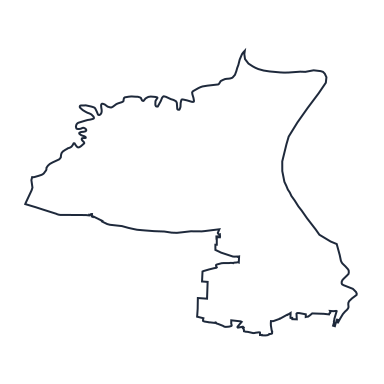 outline of Galati, Galati, Romania, rotated 271°
{"feature_id": "2599482B19472284697606", "entity_name": "Galati", "entity_type": "district", "adm_level": 2, "iso_a3": "ROU", "parent_name": "Romania", "parent_adm1": "Galati", "projection": "orthographic", "projection_center": [28.069, 45.5], "detail": "fine", "context": "isolated", "style": "outline", "palette": "slate", "viewbox_px": 384, "rotation_deg": 271, "n_neighbors": 0, "source": "geoboundaries", "source_scale": "gbopen_adm2", "svg_char_len": 5853}
<svg xmlns="http://www.w3.org/2000/svg" viewBox="0 0 384 384"><g transform="rotate(271 192 192)"><path d="M142.5,337.6L144.9,331.5L151.5,320.1L156.6,316.4L167.7,307.5L175.3,302.0L179.5,298.6L185.3,294.8L189.7,291.5L193.2,289.8L196.1,287.8L200.0,286.1L203.8,284.2L214.5,281.9L224.2,281.7L241.4,285.6L249.1,287.7L263.4,296.2L278.1,306.2L292.9,316.9L303.6,323.9L309.1,324.4L312.6,322.7L314.4,320.9L315.1,318.5L315.8,311.5L314.1,303.2L314.2,298.2L313.1,285.9L313.0,281.5L313.1,278.3L313.9,267.4L314.7,261.5L316.1,256.1L317.3,253.2L318.7,250.5L321.4,246.2L325.8,242.7L330.8,241.9L334.1,242.3L332.3,240.7L330.7,239.6L325.3,237.4L319.7,236.1L317.0,235.1L313.6,234.2L309.9,232.9L307.3,230.7L306.9,230.2L306.3,228.6L306.0,227.1L305.8,224.9L305.5,223.1L304.6,221.0L303.6,219.1L303.3,218.7L300.6,217.1L300.0,216.3L298.6,205.6L297.7,200.6L297.0,198.7L296.0,196.6L293.1,191.7L292.5,190.9L291.5,190.4L289.6,190.7L286.2,191.8L284.7,192.1L283.0,192.4L282.4,192.2L282.1,191.5L282.1,190.9L282.2,190.1L283.5,185.5L284.2,182.1L284.4,180.9L284.2,180.0L283.2,179.6L280.8,179.1L277.1,179.0L276.2,178.8L274.4,178.1L274.1,177.9L274.0,177.5L274.1,176.5L274.5,176.0L274.9,175.8L280.7,175.3L281.5,175.0L282.5,174.3L283.7,172.0L284.5,169.2L286.7,164.3L287.2,162.1L287.0,161.6L286.4,161.0L285.6,160.4L282.4,159.2L278.2,157.0L276.9,156.3L276.8,155.8L276.9,155.0L277.1,154.5L277.9,154.0L279.2,153.8L282.2,153.9L282.9,154.2L285.5,155.8L285.8,155.7L286.0,155.5L286.4,153.8L286.7,149.6L286.7,148.9L286.3,146.7L285.8,145.7L284.7,143.9L282.3,142.0L282.2,141.7L282.4,140.9L282.8,140.4L285.2,139.2L285.7,138.2L286.2,136.5L286.3,135.7L286.3,133.6L286.5,129.9L286.2,127.2L285.6,123.9L285.4,123.1L284.9,122.5L283.7,122.1L281.8,121.9L281.3,121.5L280.9,120.9L280.5,120.0L279.4,116.7L278.6,114.9L275.9,111.4L275.2,110.1L275.1,109.4L275.3,108.2L275.9,106.1L278.0,103.2L278.6,101.5L278.7,100.6L278.3,100.0L277.6,99.7L276.8,99.6L274.9,99.8L272.7,100.2L271.2,100.3L269.8,100.1L269.0,99.8L268.0,99.1L267.4,98.1L267.4,97.3L267.5,97.0L267.9,96.6L270.5,95.5L273.6,93.9L274.4,93.3L274.9,92.4L275.3,91.2L275.7,89.7L276.8,84.2L276.6,82.2L276.6,79.5L276.3,78.7L276.1,78.5L275.5,78.3L274.7,78.4L274.3,78.7L272.8,80.4L271.9,81.5L270.4,84.1L269.4,86.1L268.7,88.2L267.8,90.0L265.7,92.2L264.6,92.6L264.3,92.7L263.7,92.3L263.3,91.5L262.6,88.9L262.2,86.5L261.4,83.8L260.1,79.8L259.4,77.6L259.1,76.9L258.7,76.3L257.8,75.5L257.2,75.2L255.5,74.8L254.4,75.0L253.6,75.3L253.3,75.5L253.2,75.9L253.0,76.7L253.0,77.4L253.1,78.7L253.4,79.8L254.2,81.5L254.3,82.5L254.0,83.3L253.5,84.2L252.7,85.0L251.9,85.2L251.0,84.7L250.8,84.3L250.3,82.5L250.2,81.0L249.9,79.6L249.4,78.6L248.9,78.2L248.1,78.5L247.1,79.9L246.4,81.5L245.9,83.3L245.2,84.5L244.9,84.7L244.4,84.8L244.2,84.6L243.9,81.4L243.6,81.0L242.9,80.8L242.4,80.9L241.6,81.4L239.8,83.2L239.0,83.4L238.7,83.3L235.8,80.1L234.9,78.7L234.7,78.1L234.6,77.5L234.7,77.0L235.3,76.1L236.5,75.1L238.6,73.7L238.6,72.8L236.5,71.7L235.1,70.6L234.2,69.1L233.4,66.8L232.9,66.3L232.1,64.8L230.3,62.2L228.9,61.1L228.3,60.8L226.7,60.4L224.3,60.2L223.3,59.5L222.4,58.7L222.1,58.2L219.2,52.2L217.6,49.4L216.4,48.1L215.7,47.4L213.7,46.1L211.9,46.0L211.1,45.7L207.9,43.4L207.0,42.2L206.5,41.2L205.5,38.4L204.2,34.2L204.0,33.2L204.1,31.9L201.1,31.2L193.6,32.4L190.9,31.6L177.7,25.7L177.0,25.5L174.0,36.2L171.7,43.7L167.9,56.5L167.4,57.7L167.0,59.1L166.8,60.7L167.1,86.3L166.8,89.5L167.5,89.6L167.3,91.3L167.3,91.7L168.2,91.7L168.2,92.4L165.8,92.2L165.3,93.4L165.8,93.6L165.8,93.8L161.5,102.9L160.9,102.6L158.5,107.7L157.8,110.5L156.7,122.5L155.0,129.1L153.9,134.5L153.3,137.7L152.8,144.8L152.2,154.7L152.0,165.0L151.0,172.4L150.9,177.6L151.5,182.4L152.7,191.5L152.8,202.3L153.1,205.0L155.2,220.0L151.5,218.5L150.9,218.8L149.9,219.9L149.9,220.2L150.1,220.6L148.0,220.8L147.2,220.7L147.2,218.7L148.1,218.6L148.0,217.2L145.7,217.3L145.7,217.6L139.7,217.7L139.7,216.3L134.5,216.4L132.8,220.2L131.9,222.1L128.2,234.0L128.1,235.3L128.3,239.0L127.9,239.0L127.9,239.6L128.2,240.2L122.3,240.0L122.6,239.2L122.5,238.6L122.3,237.8L122.1,235.4L121.6,234.5L121.8,234.3L121.8,231.9L121.6,230.3L121.5,224.9L121.3,222.8L120.0,218.3L119.6,217.5L119.2,217.3L118.3,217.4L117.1,218.1L116.7,217.7L116.1,215.0L114.9,210.5L113.2,205.0L112.7,203.9L102.7,203.6L102.4,209.2L85.6,208.9L86.1,199.7L75.2,199.7L67.4,199.3L66.0,205.6L64.0,205.2L63.2,205.4L62.7,206.8L62.1,210.9L61.9,211.4L62.0,212.0L61.5,217.0L61.5,217.3L62.0,217.6L62.0,218.0L61.9,218.2L61.1,218.6L61.0,218.8L60.5,220.5L58.8,225.1L57.9,226.7L57.7,228.0L57.9,230.3L58.1,231.7L58.7,233.6L59.0,233.9L59.5,234.0L61.2,233.5L64.4,233.5L63.5,243.0L63.0,243.9L58.5,240.2L57.8,239.8L57.2,240.3L57.4,241.4L58.2,245.2L57.4,246.1L56.5,245.4L55.8,246.2L53.7,246.4L53.6,247.0L53.3,247.7L53.1,250.4L52.0,255.6L52.1,257.0L52.4,258.1L52.9,261.5L52.7,262.4L50.2,262.5L50.3,264.2L50.0,264.2L49.9,264.5L49.9,268.2L50.2,270.1L51.1,271.9L51.4,271.9L51.4,272.6L51.7,274.1L52.0,274.5L52.7,274.6L53.7,274.4L54.1,274.6L54.9,274.1L60.0,273.2L62.2,273.1L64.3,273.2L64.3,275.5L66.8,282.1L67.0,282.1L67.1,282.6L71.0,289.4L70.8,289.6L72.8,292.7L68.6,292.6L68.4,292.8L67.8,292.8L67.8,293.3L67.9,294.4L66.6,294.5L66.5,299.0L72.2,298.6L72.8,299.3L72.8,301.4L71.7,307.9L69.0,307.9L69.3,309.0L69.4,310.2L70.7,312.0L72.7,314.3L72.5,325.9L72.0,331.2L73.1,331.5L73.5,332.2L73.9,332.4L74.6,332.4L75.5,332.0L75.3,335.5L75.6,338.0L75.6,338.4L75.4,338.7L67.8,336.6L66.6,336.5L65.0,336.1L64.1,336.3L60.8,335.4L60.3,337.2L62.7,337.8L66.9,339.2L66.7,340.2L63.3,339.9L67.9,342.3L72.6,345.0L75.1,347.1L76.9,349.0L78.4,350.1L79.7,350.5L82.6,350.2L84.0,350.3L85.7,351.1L88.5,353.9L91.9,358.3L93.1,358.5L94.8,357.8L96.5,356.1L98.0,354.5L101.5,345.1L102.3,343.7L103.0,343.4L103.5,343.2L105.1,343.3L106.8,344.1L108.4,345.6L111.6,348.8L112.8,349.9L114.4,350.2L116.3,350.0L117.5,349.3L120.3,346.7L123.0,343.8L124.0,343.0L125.8,342.1L131.5,340.8L142.5,337.6Z" fill="none" stroke="#1e293b" stroke-width="2"/></g></svg>